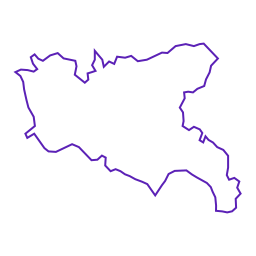 the district of Nova Candelária, Rio Grande do Sul, Brazil
{"feature_id": "56859067B5829656226463", "entity_name": "Nova Candelária", "entity_type": "district", "adm_level": 2, "iso_a3": "BRA", "parent_name": "Brazil", "parent_adm1": "Rio Grande do Sul", "projection": "natural_earth1", "projection_center": [-54.119, -27.603], "detail": "fine", "context": "isolated", "style": "outline", "palette": "violet", "viewbox_px": 256, "rotation_deg": 0, "n_neighbors": 0, "source": "geoboundaries", "source_scale": "gbopen_adm2", "svg_char_len": 1529}
<svg xmlns="http://www.w3.org/2000/svg" viewBox="0 0 256 256"><path d="M236.1,207.7L235.7,198.8L240.6,193.6L237.2,187.7L239.3,181.5L234.3,177.9L229.1,179.7L226.8,175.1L228.1,167.6L228.1,155.8L223.3,149.9L217.2,147.1L213.0,142.5L208.5,139.9L205.5,136.3L203.2,142.4L199.6,140.2L202.3,133.0L199.8,129.4L193.9,126.8L189.0,130.1L182.6,126.0L183.6,121.1L183.0,112.4L179.8,107.6L184.7,98.3L184.1,92.4L188.2,91.7L193.0,92.4L197.4,88.8L204.2,86.0L206.0,79.4L209.6,72.4L211.1,65.7L217.9,58.5L203.7,43.6L199.6,44.1L193.9,46.1L185.8,44.1L175.6,46.1L167.5,53.0L162.0,52.6L146.9,59.7L137.8,61.2L131.2,55.9L125.1,57.7L117.1,56.7L114.2,63.9L109.1,61.5L103.8,66.8L102.3,59.7L97.8,54.4L94.8,50.8L94.8,59.7L92.1,65.2L95.5,70.9L91.6,72.2L87.6,73.4L88.3,79.6L84.8,82.7L74.8,74.7L76.5,66.3L75.3,60.8L63.6,58.4L57.7,53.1L50.2,55.4L42.9,60.8L38.3,58.7L34.6,54.4L30.8,57.2L33.0,63.7L37.2,69.1L33.7,71.6L27.7,70.1L20.9,69.6L15.4,72.1L20.4,76.0L23.2,81.9L24.1,89.3L25.4,95.2L26.5,100.1L28.4,107.5L33.7,116.8L34.9,126.0L25.4,133.7L27.3,137.9L34.2,133.7L44.4,148.1L48.5,151.4L55.9,151.9L72.1,144.2L78.9,147.1L91.5,160.2L97.4,159.7L101.9,155.6L105.7,157.6L105.2,165.5L110.6,171.2L115.6,169.2L120.5,171.2L125.0,174.3L129.7,176.1L135.3,179.2L142.0,181.7L147.3,184.1L151.4,190.0L155.2,195.4L162.0,185.1L165.1,181.0L168.6,174.0L174.7,170.9L186.4,170.4L192.0,174.5L196.8,177.4L201.5,180.0L206.9,183.0L210.8,187.1L212.6,191.7L215.3,197.3L216.1,205.7L216.0,210.8L222.3,211.4L227.2,212.4L232.1,211.3L236.1,207.7Z" fill="none" stroke="#5b21b6" stroke-width="2"/></svg>